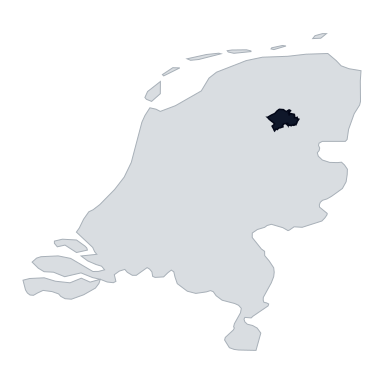 Westerveld, Drenthe, Netherlands shown in context
{"feature_id": "6326949B14742340230045", "entity_name": "Westerveld", "entity_type": "district", "adm_level": 2, "iso_a3": "NLD", "parent_name": "Netherlands", "parent_adm1": "Drenthe", "projection": "equal_earth", "projection_center": [6.318, 52.828], "detail": "fine", "context": "in_parent", "style": "filled", "palette": "ink", "viewbox_px": 384, "rotation_deg": 0, "n_neighbors": 0, "source": "geoboundaries", "source_scale": "gbopen_adm2", "svg_char_len": 5770}
<svg xmlns="http://www.w3.org/2000/svg" viewBox="0 0 384 384"><path d="M256.0,350.4L247.0,350.2L238.6,350.0L234.1,349.4L229.4,347.7L227.2,344.2L224.6,340.0L225.3,337.4L233.3,330.0L234.4,328.0L233.6,326.9L234.4,323.7L240.5,312.8L241.3,308.4L238.6,305.3L234.7,303.5L222.1,300.2L216.1,295.7L213.3,291.7L210.5,290.6L206.3,291.9L195.8,293.4L187.3,291.2L177.3,283.7L175.0,277.0L173.8,271.8L171.3,270.1L167.9,272.7L163.6,276.9L155.1,277.4L152.7,276.4L152.3,274.1L151.9,271.9L149.6,269.1L147.1,267.6L136.3,275.3L132.3,275.3L127.3,272.3L124.8,269.4L119.3,271.1L114.3,274.7L115.9,281.4L113.3,282.7L107.2,282.0L100.3,279.3L92.6,277.6L81.0,272.9L64.7,276.7L53.5,272.2L44.1,271.7L38.3,268.2L32.1,262.1L36.6,258.1L41.0,256.7L58.2,255.9L70.6,258.4L92.9,271.5L98.6,271.4L104.6,269.8L101.6,266.2L96.0,264.5L87.7,260.9L81.1,256.0L96.8,254.3L94.7,251.8L92.7,247.4L76.4,232.1L79.3,228.0L83.6,219.2L88.8,211.8L93.0,209.8L99.8,204.6L114.7,189.4L124.2,177.1L131.3,162.4L141.9,122.2L145.0,115.4L149.9,107.8L156.0,109.2L160.3,111.4L175.4,105.7L201.3,90.9L209.0,78.1L216.5,72.2L246.2,60.6L262.5,57.2L287.7,56.3L306.0,54.2L327.8,53.5L336.2,60.6L341.1,65.8L348.9,68.7L361.0,70.7L360.3,81.0L360.5,101.5L359.6,105.1L354.2,113.7L348.6,129.3L347.1,139.5L345.3,141.4L322.2,141.4L319.0,143.2L318.5,145.4L319.7,148.0L319.1,150.6L317.3,152.8L318.3,156.2L322.3,160.0L329.7,162.4L337.5,162.6L341.5,162.2L344.5,165.0L347.4,169.2L347.2,174.6L346.1,181.8L342.4,188.5L331.7,196.2L327.0,198.9L322.5,200.3L320.3,202.3L319.3,204.9L319.6,207.2L327.2,213.4L327.0,214.8L324.8,218.0L321.9,221.0L302.2,227.3L294.1,226.8L289.5,230.0L288.0,230.6L282.9,227.7L271.4,224.3L267.1,225.5L264.7,227.3L257.4,229.5L252.3,233.0L252.2,237.5L261.4,249.0L264.6,251.3L264.7,255.6L269.2,261.0L273.7,267.8L274.2,272.2L273.7,276.6L271.3,282.8L263.3,297.4L263.2,300.2L263.9,302.3L266.6,302.9L268.7,304.0L268.1,305.9L253.1,316.1L251.2,317.9L244.9,317.4L244.0,319.1L244.8,321.8L247.3,324.2L252.6,325.5L257.2,328.1L260.8,333.1L256.0,350.4ZM100.3,279.3L98.9,283.5L95.4,288.1L83.6,294.8L71.4,299.2L65.1,298.7L60.8,296.4L58.6,293.9L52.1,291.6L43.1,290.4L37.5,293.0L33.5,295.3L30.0,295.0L27.4,293.0L25.5,289.9L23.0,280.2L29.7,278.5L44.2,277.8L55.3,281.2L70.0,282.8L81.3,278.2L90.1,282.1L100.3,279.3ZM76.5,240.0L85.0,246.1L86.8,248.0L87.4,250.1L76.5,252.5L65.0,245.1L57.3,246.8L54.4,243.3L54.4,241.1L62.4,239.2L76.5,240.0ZM160.3,93.7L151.6,101.4L146.4,99.3L144.9,97.5L147.6,91.5L160.4,81.5L160.3,93.7ZM198.7,59.5L190.6,60.3L187.0,58.8L206.5,54.5L218.8,53.2L221.0,53.8L198.7,59.5ZM251.0,51.6L233.9,53.3L228.2,52.0L227.2,50.7L231.9,50.0L246.5,49.8L250.9,50.9L251.0,51.6ZM179.8,67.9L163.7,75.9L162.4,74.6L172.8,67.7L179.8,67.9ZM320.8,38.2L312.7,38.6L315.0,35.7L322.5,33.6L326.5,33.6L320.8,38.2ZM286.0,46.0L273.9,49.6L271.0,48.9L271.7,47.8L282.4,45.5L286.0,46.0Z" fill="#d9dde1" stroke="#a8b0b8" stroke-width="1"/><path d="M278.6,109.7L278.4,110.0L277.2,110.8L275.6,112.6L275.0,113.3L274.3,113.7L273.7,114.0L271.5,115.0L267.7,117.2L267.6,117.3L267.4,117.3L268.2,118.0L268.4,118.4L268.7,118.7L268.8,118.8L268.9,119.0L269.3,119.3L269.5,119.5L270.2,120.1L270.7,120.5L272.0,121.6L272.4,121.7L272.5,121.8L274.6,123.9L273.9,124.7L272.7,125.7L272.1,126.1L272.2,126.3L272.3,126.4L272.4,126.7L272.5,126.7L273.0,127.8L273.8,129.3L273.9,129.7L274.4,130.7L274.5,130.9L274.6,131.0L274.7,130.8L276.0,128.9L276.2,129.0L276.3,129.0L277.2,129.6L277.4,129.5L277.5,129.4L277.7,129.2L278.0,128.7L278.3,128.4L278.5,128.3L278.5,128.2L278.8,128.0L278.9,127.9L279.1,127.8L279.6,127.8L279.8,127.9L280.1,127.8L280.3,127.8L280.6,127.7L280.9,127.5L281.1,127.5L281.3,127.4L281.8,127.2L282.0,127.1L282.8,127.0L283.0,126.9L283.0,126.7L282.8,126.3L282.7,126.0L282.7,125.9L282.6,125.7L282.7,125.4L282.8,125.3L282.9,125.2L283.0,125.2L282.9,125.2L283.0,125.1L283.1,124.9L283.2,124.7L283.3,124.5L283.4,124.4L283.2,124.3L283.2,124.2L283.3,124.2L283.5,124.2L283.7,123.9L283.8,123.8L284.0,123.7L284.4,123.7L284.5,123.7L285.0,123.7L285.3,123.7L285.7,123.6L286.0,123.5L286.4,123.4L286.6,123.3L287.8,123.3L287.9,123.8L287.7,123.8L287.5,124.1L286.9,124.4L287.0,124.4L287.1,124.5L287.3,124.5L287.5,124.5L287.8,124.7L287.7,124.7L287.8,124.8L287.6,124.9L287.5,125.0L287.4,125.0L287.5,125.1L287.8,125.2L288.0,125.5L288.0,125.4L288.3,125.2L288.5,125.1L288.8,125.2L289.0,125.3L289.3,125.3L289.6,125.3L289.5,125.2L289.9,124.8L290.7,125.4L290.7,125.5L290.8,125.5L291.0,125.5L291.3,125.7L291.6,125.5L291.9,125.3L292.1,125.1L292.5,124.8L292.7,124.7L292.8,124.6L293.0,124.5L293.3,124.7L293.3,125.2L293.5,125.2L293.6,125.3L293.8,125.2L294.0,125.1L294.3,125.0L294.4,124.9L294.5,125.0L294.6,124.9L294.7,124.7L294.4,124.5L294.5,124.4L294.7,124.2L294.8,124.2L295.0,124.2L295.9,124.8L296.0,124.6L296.0,124.4L296.1,124.2L296.7,123.2L296.8,122.9L296.9,122.7L296.9,122.3L297.0,122.3L297.0,122.1L297.0,121.9L297.0,121.7L297.3,121.3L297.4,121.2L297.7,120.9L297.8,120.8L298.1,120.3L298.1,120.2L298.4,119.8L298.5,119.6L298.8,119.2L298.5,119.1L297.9,119.0L297.7,119.1L297.3,119.0L297.2,118.3L297.2,118.1L297.2,117.9L297.3,117.9L297.1,117.4L297.0,117.5L296.8,117.5L296.7,117.6L296.4,117.7L296.3,117.8L295.5,117.8L295.4,117.8L295.3,117.7L295.1,117.7L294.9,117.6L294.5,117.7L294.5,117.4L294.4,117.3L294.4,117.2L294.6,117.0L294.8,117.0L294.5,115.8L294.6,115.6L294.5,115.4L294.4,115.4L294.4,115.2L294.2,115.3L293.6,114.7L293.8,114.5L293.5,114.3L293.6,114.2L291.7,113.8L291.0,113.6L290.2,113.4L290.0,113.7L289.8,113.8L289.7,114.0L289.4,114.3L289.4,114.6L289.5,114.7L289.5,114.8L289.1,114.9L288.9,114.3L289.5,113.4L288.3,112.9L288.9,112.0L289.0,111.9L289.1,112.0L289.1,111.9L289.3,112.0L289.3,111.9L289.6,111.7L289.8,111.5L290.0,111.4L289.9,111.4L290.2,111.0L290.4,111.0L290.6,110.8L290.6,110.6L289.1,109.9L286.1,111.6L283.4,109.6L281.7,109.5L279.4,109.3L278.6,109.7Z" fill="#0f172a" stroke="#020617" stroke-width="1.5"/></svg>